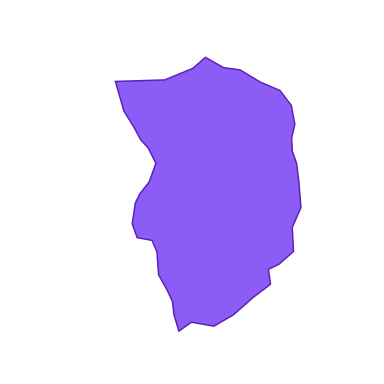 the district of Linou, Nicosia, Cyprus, rotated 296°
{"feature_id": "46923920B61720062034579", "entity_name": "Linou", "entity_type": "district", "adm_level": 2, "iso_a3": "CYP", "parent_name": "Cyprus", "parent_adm1": "Nicosia", "projection": "albers", "projection_center": [32.903, 35.079], "detail": "fine", "context": "isolated", "style": "filled", "palette": "violet", "viewbox_px": 384, "rotation_deg": 296, "n_neighbors": 0, "source": "geoboundaries", "source_scale": "gbopen_adm2", "svg_char_len": 665}
<svg xmlns="http://www.w3.org/2000/svg" viewBox="0 0 384 384"><g transform="rotate(296 192 192)"><path d="M235.0,95.2L224.8,111.4L216.5,122.9L212.3,133.4L201.9,147.0L182.1,149.1L167.5,145.9L157.1,145.9L137.3,152.2L126.9,162.7L131.0,177.3L122.7,186.8L102.9,198.3L93.5,211.9L85.2,222.3L73.7,229.7L61.2,241.2L74.7,248.5L81.0,270.5L99.8,283.1L124.8,293.5L143.5,303.0L156.0,294.6L165.4,301.9L183.1,309.3L204.0,297.7L225.9,296.7L248.8,283.1L263.4,273.6L272.8,264.2L284.2,257.9L297.8,254.8L313.4,243.3L321.8,226.5L320.7,205.6L322.8,181.5L317.6,165.8L318.9,145.0L303.6,138.6L280.7,118.2L257.8,74.7L235.0,95.2Z" fill="#8b5cf6" stroke="#5b21b6" stroke-width="1.5"/></g></svg>